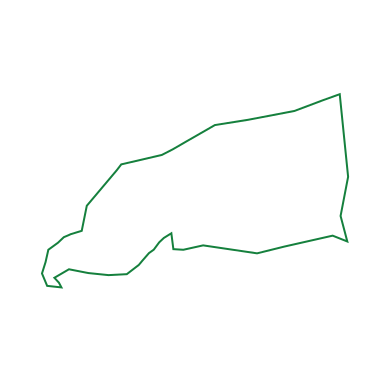 Onna, Akwa Ibom, Nigeria (Equal Earth projection), rotated 262°
{"feature_id": "59680162B70948216254513", "entity_name": "Onna", "entity_type": "district", "adm_level": 2, "iso_a3": "NGA", "parent_name": "Nigeria", "parent_adm1": "Akwa Ibom", "projection": "equal_earth", "projection_center": [7.835, 4.644], "detail": "fine", "context": "isolated", "style": "outline", "palette": "green", "viewbox_px": 384, "rotation_deg": 262, "n_neighbors": 0, "source": "geoboundaries", "source_scale": "gbopen_adm2", "svg_char_len": 689}
<svg xmlns="http://www.w3.org/2000/svg" viewBox="0 0 384 384"><g transform="rotate(262 192 192)"><path d="M268.3,351.9L264.6,334.2L258.0,304.7L255.7,257.7L255.1,224.0L242.9,193.6L236.9,178.8L232.9,167.3L229.2,125.8L224.1,120.6L193.0,85.9L168.9,77.4L167.1,66.0L166.4,63.7L165.1,58.8L160.4,52.2L154.8,41.7L142.9,37.2L132.2,32.1L119.2,35.5L115.7,49.4L120.7,47.6L126.2,43.8L132.6,59.4L126.8,76.2L126.1,78.3L121.3,97.8L119.7,116.0L127.2,129.2L131.0,133.4L137.5,140.9L140.2,146.1L146.7,152.5L150.4,157.7L154.0,165.8L138.0,165.6L136.0,175.4L137.6,195.6L122.2,247.9L125.1,275.8L129.2,325.2L121.4,338.9L147.6,335.8L185.3,348.7L268.3,351.9Z" fill="none" stroke="#15803d" stroke-width="2"/></g></svg>